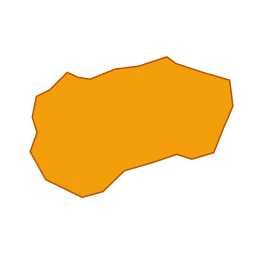 Agios Nikolaos Soleas, Cyprus (Natural Earth projection), rotated 14°
{"feature_id": "46923920B37444624958942", "entity_name": "Agios Nikolaos Soleas", "entity_type": "district", "adm_level": 2, "iso_a3": "CYP", "parent_name": "Cyprus", "parent_adm1": "", "projection": "natural_earth1", "projection_center": [32.87, 35.098], "detail": "fine", "context": "isolated", "style": "filled", "palette": "amber", "viewbox_px": 256, "rotation_deg": 14, "n_neighbors": 0, "source": "geoboundaries", "source_scale": "gbopen_adm2", "svg_char_len": 449}
<svg xmlns="http://www.w3.org/2000/svg" viewBox="0 0 256 256"><g transform="rotate(14 128 128)"><path d="M55.5,88.8L42.9,110.0L31.5,119.5L32.5,140.7L40.9,154.5L38.8,174.6L60.7,198.0L100.3,206.4L119.1,195.8L134.8,170.4L161.9,154.5L181.7,141.8L197.4,142.8L217.2,131.2L220.4,106.8L224.5,81.4L215.1,57.0L185.9,55.9L158.8,53.8L148.4,49.6L123.3,65.5L101.4,73.9L79.5,89.8L67.0,90.9L55.5,88.8Z" fill="#f59e0b" stroke="#b45309" stroke-width="1.5"/></g></svg>